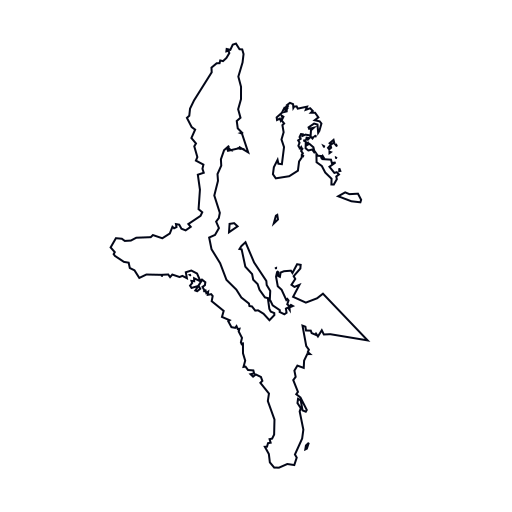 Quezon, Quezon, Philippines, rotated 24°
{"feature_id": "2640588B64856500371355", "entity_name": "Quezon", "entity_type": "district", "adm_level": 2, "iso_a3": "PHL", "parent_name": "Philippines", "parent_adm1": "Quezon", "projection": "orthographic", "projection_center": [122.074, 14.189], "detail": "fine", "context": "isolated", "style": "outline", "palette": "ink", "viewbox_px": 512, "rotation_deg": 24, "n_neighbors": 0, "source": "geoboundaries", "source_scale": "gbopen_adm2", "svg_char_len": 6170}
<svg xmlns="http://www.w3.org/2000/svg" viewBox="0 0 512 512"><g transform="rotate(24 256 256)"><path d="M140.8,106.2L136.1,139.1L135.8,148.2L138.0,155.0L136.7,157.9L144.8,164.4L149.0,165.3L149.0,174.5L155.4,177.6L155.0,180.9L162.2,189.5L162.3,193.3L170.8,193.9L171.6,198.1L174.4,201.2L169.8,205.4L177.8,218.2L184.5,236.6L189.1,237.9L189.0,241.9L181.2,254.3L184.5,255.9L181.3,261.2L176.8,261.4L173.1,258.6L169.9,259.4L171.6,261.9L169.9,264.0L167.8,263.3L168.1,270.5L163.2,277.9L153.3,278.8L152.2,281.6L139.2,288.0L135.4,292.8L130.0,295.6L126.4,294.8L120.8,296.7L119.7,307.3L125.4,309.9L125.2,312.2L127.1,313.3L137.7,315.1L142.4,313.9L145.6,318.3L150.8,318.5L158.3,323.5L163.4,317.5L177.7,311.5L178.4,313.2L178.0,311.3L183.3,308.6L186.1,310.2L187.1,307.0L194.7,306.3L196.9,304.1L201.9,304.4L198.5,299.4L202.8,295.6L209.3,296.0L215.2,301.4L216.2,299.5L220.4,300.6L221.2,303.4L219.7,306.0L223.1,308.6L222.5,310.0L223.9,308.0L225.7,310.1L226.8,308.1L227.7,311.1L230.6,309.1L232.7,310.2L233.9,315.3L248.8,319.3L249.7,325.5L258.1,325.4L257.2,326.9L262.5,331.0L266.2,330.1L266.7,328.0L269.1,330.2L270.5,329.2L270.9,332.0L276.5,336.5L277.3,341.0L278.7,342.3L279.2,341.3L279.6,341.1L283.7,350.2L288.7,356.0L289.7,362.4L291.4,361.3L295.1,363.4L300.1,361.6L302.0,364.0L299.1,366.2L302.4,367.4L304.0,364.3L309.7,364.5L312.6,367.5L311.6,370.1L323.8,376.4L325.8,383.7L339.4,397.9L345.2,411.8L345.0,416.3L342.9,417.8L345.3,420.6L343.1,422.1L343.6,425.7L341.7,426.7L348.3,431.7L352.6,438.9L358.7,441.9L363.1,440.0L369.2,433.3L376.0,431.4L375.2,423.6L372.3,421.5L372.4,404.0L369.9,395.4L359.1,380.2L358.8,376.8L353.7,373.5L352.5,369.4L355.6,369.7L361.3,378.1L364.8,378.0L365.0,376.0L354.2,367.2L349.0,365.9L349.6,363.1L340.5,354.2L341.4,350.3L337.7,345.1L338.4,339.3L345.1,338.8L342.5,332.0L342.7,324.8L345.3,323.6L342.4,322.7L342.4,320.1L338.5,317.8L326.8,300.7L329.9,300.5L332.0,303.7L336.4,301.9L338.2,303.8L342.6,303.7L342.3,303.2L342.4,302.5L345.3,304.3L346.3,297.1L349.9,300.1L355.7,297.2L392.3,287.7L332.5,263.2L329.0,269.8L320.5,278.3L306.5,278.2L307.4,264.7L303.7,268.6L300.1,267.9L301.2,261.0L298.6,259.1L301.6,249.4L300.4,245.9L296.9,246.8L296.2,256.7L293.9,255.2L287.8,258.5L285.2,261.1L286.3,265.3L284.3,265.2L283.0,261.8L282.2,261.5L281.8,262.1L282.7,266.7L288.2,274.8L293.1,276.4L301.6,283.9L302.1,282.5L303.8,283.4L304.2,287.4L307.2,288.3L307.8,286.5L310.0,286.7L307.5,289.4L308.7,291.6L306.2,290.1L304.7,291.9L307.0,295.4L305.6,297.7L300.4,297.5L299.8,295.8L291.3,294.3L287.4,291.0L285.1,291.5L289.7,298.9L292.1,300.8L295.9,300.7L296.8,302.5L294.4,309.2L286.4,305.7L280.0,304.8L277.5,306.2L272.8,303.7L270.4,304.4L268.9,302.3L259.5,299.9L251.7,294.7L238.7,289.8L226.2,277.2L212.6,267.9L205.7,258.2L210.0,253.4L210.8,245.6L205.6,240.8L206.6,236.5L205.4,231.3L193.3,217.7L190.7,202.8L187.5,196.8L187.5,187.6L184.6,181.9L183.8,172.3L186.6,166.2L186.0,167.9L189.7,169.6L186.6,170.2L187.6,171.3L195.7,165.2L195.0,164.5L196.1,164.9L198.1,164.5L198.8,164.2L199.1,163.9L196.9,164.4L196.9,163.3L206.7,164.5L193.4,149.9L191.9,150.0L193.0,149.0L187.4,146.8L183.5,140.5L185.6,136.0L180.0,129.2L178.5,118.8L173.5,107.5L166.9,99.3L165.0,84.7L162.5,76.6L159.4,72.9L156.8,73.8L151.3,70.1L148.8,72.4L148.7,78.1L145.0,78.8L145.7,81.1L147.5,79.7L149.1,81.5L148.4,87.2L146.6,91.4L143.8,91.9L144.3,94.7L141.7,95.9L138.7,102.0L140.8,106.2ZM241.9,98.8L234.2,104.4L232.3,102.8L230.1,103.9L229.9,105.5L228.1,102.2L224.7,102.3L223.0,105.4L224.2,106.0L223.8,107.5L224.5,107.9L224.5,108.3L223.3,107.1L222.9,107.3L224.1,108.7L223.9,109.9L224.6,110.0L225.2,111.4L223.8,112.5L224.3,110.3L222.5,110.4L223.8,108.8L221.7,109.0L221.4,114.6L218.5,121.0L219.9,123.2L221.9,120.8L223.6,122.4L224.0,119.0L222.3,117.3L224.4,117.6L224.3,121.7L227.8,123.5L226.9,125.7L230.9,131.7L231.9,139.2L237.3,145.1L242.3,161.6L238.9,162.6L236.6,159.4L236.2,167.6L238.2,174.4L242.5,177.0L253.9,169.6L259.6,161.0L256.9,152.1L257.7,147.4L256.6,144.7L257.0,143.1L254.5,141.7L254.7,139.5L252.5,140.0L249.9,138.1L249.7,134.8L247.5,133.2L249.1,130.8L247.4,129.6L247.5,126.3L249.2,125.8L249.6,127.4L251.8,125.0L256.9,123.7L255.1,118.8L256.6,115.3L252.8,118.2L251.7,117.1L255.2,111.4L258.7,110.9L262.7,118.2L263.0,115.9L261.9,108.4L259.4,107.1L254.4,108.1L256.6,104.0L251.7,101.1L247.9,102.8L248.8,100.4L245.4,99.0L242.0,102.2L241.9,98.8ZM240.8,247.7L238.6,252.9L238.1,256.3L240.2,255.8L250.6,270.1L259.8,274.1L263.1,278.8L268.9,281.0L272.9,285.4L281.0,290.2L286.0,289.3L283.2,282.1L277.6,278.2L275.6,274.6L256.9,262.7L240.8,247.7ZM285.3,137.5L277.2,140.5L275.8,139.7L275.0,138.1L271.7,139.3L269.6,138.0L273.2,145.7L279.5,147.0L285.3,151.6L293.6,154.7L295.8,160.0L298.0,159.1L298.6,153.0L297.0,150.7L298.6,147.8L295.7,146.6L293.8,148.2L286.8,144.6L290.6,138.2L287.5,140.2L285.3,137.5ZM323.8,157.6L316.2,161.5L311.6,161.6L306.8,168.0L320.9,167.2L329.5,164.5L329.2,161.9L323.8,157.6ZM214.6,301.7L208.5,301.5L209.8,304.2L207.2,305.0L208.7,306.7L207.8,309.9L210.1,311.4L215.5,306.8L214.6,312.2L216.6,312.1L218.4,308.6L215.4,306.5L216.3,301.4L214.6,301.7ZM222.7,234.9L218.8,237.4L221.7,245.3L227.1,236.4L222.7,234.9ZM257.3,131.4L255.5,132.6L257.5,137.4L260.9,138.3L264.0,135.9L267.9,138.1L264.2,133.3L259.1,131.8L257.9,133.4L257.3,131.4ZM380.2,405.2L378.7,408.8L379.7,412.6L380.8,411.3L380.2,405.2ZM258.7,209.8L257.8,211.1L259.0,219.1L261.2,213.7L258.7,209.8ZM278.9,124.4L277.8,127.9L279.5,128.8L280.6,126.5L278.9,124.4ZM281.3,120.6L279.6,118.4L277.4,123.0L279.2,123.5L281.3,120.6ZM256.8,126.6L254.1,127.3L254.4,128.9L256.0,128.7L256.8,126.6ZM277.7,138.5L276.1,137.4L275.8,139.1L277.7,138.5ZM298.4,144.0L296.4,142.0L297.5,144.6L298.4,144.0ZM285.4,123.0L283.9,121.6L283.2,121.9L285.4,123.0ZM254.1,139.0L253.0,138.1L252.8,139.6L254.1,139.0ZM255.5,131.3L253.4,130.6L252.3,131.1L255.5,131.3ZM282.1,130.7L280.7,130.8L281.3,132.1L282.1,130.7ZM274.4,128.1L272.9,128.0L273.5,128.5L274.4,128.1ZM259.8,125.7L260.0,124.6L258.1,125.0L259.8,125.7ZM258.4,145.3L256.8,144.9L258.4,145.5L258.4,145.3ZM262.6,122.3L261.3,122.1L261.0,122.7L262.6,122.3ZM204.0,299.6L203.3,300.2L203.7,300.3L204.0,299.6ZM290.2,133.7L289.0,133.6L289.1,133.8L290.2,133.7ZM279.2,258.8L279.0,259.0L279.6,259.8L279.2,258.8Z" fill="none" stroke="#020617" stroke-width="2"/></g></svg>